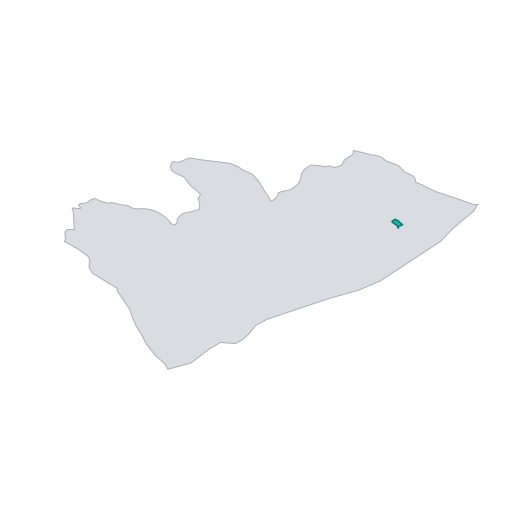 Forpoh, Grand Kru, Liberia (highlighted), rotated 291°
{"feature_id": "62588387B83711466952292", "entity_name": "Forpoh", "entity_type": "district", "adm_level": 2, "iso_a3": "LBR", "parent_name": "Liberia", "parent_adm1": "Grand Kru", "projection": "equal_earth", "projection_center": [-8.241, 5.11], "detail": "fine", "context": "in_parent", "style": "filled", "palette": "teal", "viewbox_px": 512, "rotation_deg": 291, "n_neighbors": 0, "source": "geoboundaries", "source_scale": "gbopen_adm2", "svg_char_len": 2838}
<svg xmlns="http://www.w3.org/2000/svg" viewBox="0 0 512 512"><g transform="rotate(291 256 256)"><path d="M118.6,214.2L122.2,210.2L127.4,197.2L134.7,184.8L141.5,177.5L147.0,169.9L152.7,164.1L160.8,157.3L173.4,139.5L176.3,137.4L178.3,125.1L181.5,109.4L185.1,104.5L193.6,101.6L195.6,98.9L198.6,87.8L200.6,74.9L200.7,72.1L204.1,71.8L209.8,69.0L213.1,70.3L214.6,74.0L215.3,77.1L232.7,69.1L234.2,67.4L235.1,67.7L237.3,75.0L238.5,74.5L239.6,72.4L240.7,72.2L242.1,73.2L243.5,76.6L245.7,79.6L249.4,81.7L251.8,84.6L251.5,92.4L252.4,99.9L254.0,101.6L254.9,106.1L255.3,111.1L256.2,113.7L256.9,118.7L256.5,124.0L257.2,127.8L260.0,134.2L261.7,142.4L261.7,148.2L260.7,154.3L258.8,159.9L255.6,165.9L255.3,168.3L257.3,169.9L260.2,170.2L262.6,169.0L268.7,171.8L271.9,175.8L274.8,180.7L277.3,183.2L278.5,186.3L282.8,185.5L287.9,182.5L288.9,181.0L290.4,181.8L293.7,182.1L296.0,176.7L297.8,170.5L301.8,163.7L303.7,161.1L304.2,156.8L304.4,151.3L305.8,146.5L309.1,143.8L312.6,143.8L314.5,144.8L315.4,149.5L318.3,153.1L320.7,155.5L321.9,156.5L323.9,159.3L325.8,168.7L333.3,199.1L333.0,207.5L331.5,213.0L331.4,218.3L330.9,223.6L326.3,232.3L312.8,250.1L313.9,251.6L317.1,253.7L320.4,254.7L323.1,254.2L326.5,258.6L330.1,264.2L334.0,267.1L339.5,269.7L344.4,269.9L348.6,269.0L354.4,270.1L360.6,274.7L362.9,282.3L364.3,289.0L366.5,292.3L366.8,298.1L371.2,303.2L377.5,304.2L385.7,310.1L387.8,309.8L388.7,309.0L389.7,310.2L391.8,327.3L393.4,336.4L392.5,340.0L391.4,342.9L391.4,356.8L387.7,364.7L387.1,373.4L386.0,376.2L382.1,378.8L382.0,385.5L381.0,393.5L380.6,402.1L381.7,424.6L381.9,441.4L383.7,444.6L376.0,443.2L353.3,430.4L335.8,423.0L277.4,381.1L261.1,364.3L242.4,339.3L200.8,288.9L191.4,280.8L179.4,276.8L172.0,272.6L166.8,267.9L162.6,253.9L152.2,245.6L133.0,233.8L118.6,214.2Z" fill="#d9dde1" stroke="#a8b0b8" stroke-width="1"/><path d="M333.2,378.9L333.3,378.9L333.5,378.8L333.8,378.7L334.1,378.6L334.3,378.4L334.6,378.3L334.8,378.4L335.1,378.6L335.3,378.8L335.5,379.0L335.6,379.3L335.7,379.5L335.8,379.7L335.9,379.9L336.1,380.3L336.3,380.5L336.5,380.6L337.0,381.0L337.4,381.3L337.7,381.6L337.8,381.6L337.9,381.3L338.0,381.0L338.1,380.5L338.2,380.0L338.3,379.8L338.4,379.4L338.5,379.2L338.7,378.8L338.7,378.7L338.8,378.5L339.0,378.1L339.1,377.9L339.3,377.6L339.4,377.4L339.5,377.2L339.6,376.7L339.7,376.4L339.7,376.1L339.8,375.9L339.9,375.5L339.9,375.2L339.9,374.9L339.9,374.7L340.0,374.0L340.1,373.6L340.1,373.4L340.2,373.1L340.1,372.9L339.8,372.7L339.7,372.5L339.1,372.0L338.8,371.7L338.2,371.3L337.8,371.0L337.4,370.8L337.3,370.6L337.0,370.7L336.6,370.9L336.4,371.1L336.1,371.8L336.1,372.2L336.1,372.5L336.0,372.9L335.8,373.5L335.6,374.1L335.5,374.8L335.3,375.3L335.1,375.9L335.0,376.4L334.9,376.7L334.7,377.1L334.5,377.3L334.4,377.5L334.1,377.7L333.8,377.9L333.5,378.1L333.3,378.4L333.2,378.9Z" fill="#14b8a6" stroke="#0f766e" stroke-width="1.5"/></g></svg>